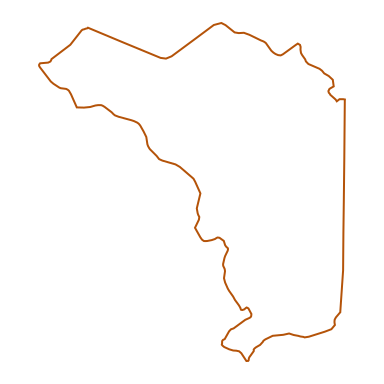 the Province of Alajuela
{"feature_id": "CRI-1333", "entity_name": "Alajuela", "entity_type": "Province", "adm_level": 1, "iso_a3": "CRI", "parent_name": "Costa Rica", "parent_adm1": "", "projection": "robinson", "projection_center": [-84.692, 10.447], "detail": "fine", "context": "isolated", "style": "outline", "palette": "amber", "viewbox_px": 384, "rotation_deg": 0, "n_neighbors": 0, "source": "natural_earth", "source_scale": "10m", "svg_char_len": 2715}
<svg xmlns="http://www.w3.org/2000/svg" viewBox="0 0 384 384"><path d="M297.8,43.6L300.0,44.9L300.6,46.9L300.5,49.7L301.0,53.0L302.1,55.0L305.2,59.4L305.9,61.4L308.4,64.0L319.5,68.8L322.0,70.7L324.2,73.4L328.7,76.0L332.8,79.8L333.7,86.4L330.4,88.3L329.4,89.0L328.4,91.1L328.8,92.7L329.8,93.8L330.3,94.8L335.6,99.5L336.8,101.3L339.5,99.2L343.2,99.2L344.9,99.5L344.8,100.7L344.3,158.5L343.8,202.1L343.4,233.2L343.1,270.4L340.3,311.5L340.3,312.2L335.9,317.4L334.7,319.6L334.6,320.4L334.5,321.1L334.5,322.6L334.9,325.0L331.4,329.2L324.8,331.7L308.9,336.7L304.6,337.4L303.4,336.9L300.5,336.5L299.4,336.2L298.5,335.9L293.7,335.0L289.1,333.5L283.3,334.8L272.7,335.8L265.3,339.4L263.4,340.8L263.2,341.2L262.9,341.8L260.1,344.9L256.0,347.3L254.4,348.6L253.7,349.6L253.8,350.3L253.7,351.2L249.3,357.3L248.9,358.3L248.6,360.4L248.2,360.9L246.4,361.0L241.3,353.2L239.1,351.3L236.3,350.7L233.2,350.5L229.2,349.3L224.2,347.0L222.6,345.7L221.8,344.7L222.1,343.3L222.1,341.7L222.2,341.0L222.6,340.4L223.0,339.9L224.7,339.1L229.1,331.3L231.0,329.3L233.6,328.4L245.3,319.8L249.1,318.1L250.3,317.4L251.0,316.6L251.2,316.0L251.4,314.0L248.4,308.4L246.7,307.5L246.1,307.8L244.2,309.4L242.4,310.0L241.6,309.9L241.1,309.8L240.9,309.4L240.5,308.5L240.4,307.9L238.9,305.3L235.0,300.0L233.1,296.5L229.2,291.0L227.8,288.6L225.1,282.5L224.0,278.2L225.0,271.3L224.9,270.3L224.6,268.8L223.3,266.1L223.1,265.0L223.1,264.0L224.5,257.9L225.2,255.9L227.7,250.7L228.0,249.3L227.9,248.3L227.5,247.9L226.1,246.6L225.1,245.1L223.8,240.9L219.5,237.8L217.7,237.5L217.1,237.7L216.5,238.0L215.0,239.0L211.7,240.1L207.2,241.0L205.2,241.1L203.9,241.0L202.3,239.9L201.9,239.5L200.4,237.4L195.0,227.8L198.9,219.7L199.3,217.0L198.7,215.8L198.4,215.3L197.7,213.4L196.8,208.4L200.4,193.4L195.2,181.8L193.5,178.7L179.8,166.9L175.5,164.4L162.4,160.6L159.1,159.1L156.6,155.9L150.2,149.5L149.4,148.5L148.1,146.2L147.4,144.3L146.3,137.0L143.6,131.5L140.2,125.5L138.7,123.7L137.2,122.6L134.0,121.1L131.3,120.2L118.7,116.8L115.0,115.4L113.5,114.2L111.7,112.3L104.6,106.9L102.8,105.8L101.4,105.2L99.9,105.1L98.3,105.1L95.4,105.5L90.2,107.0L84.0,107.6L76.8,107.4L71.0,94.3L68.9,90.7L67.8,89.8L67.3,89.5L66.7,89.2L66.1,88.9L60.7,88.2L59.3,87.6L53.5,83.8L50.8,81.5L40.0,67.4L39.7,66.9L39.1,65.8L39.1,65.1L39.2,64.5L40.1,63.3L48.2,62.6L50.4,61.5L51.1,60.3L51.5,59.1L70.3,44.8L81.6,30.4L82.5,29.7L83.2,29.5L84.1,29.3L85.6,28.7L87.3,28.3L87.9,27.7L122.1,42.0L160.6,57.9L166.0,58.6L171.6,56.3L196.2,38.1L213.8,25.0L221.3,23.0L225.5,25.1L234.6,32.4L238.7,33.1L243.9,32.8L249.4,34.8L261.3,40.6L262.5,41.0L263.8,41.6L264.9,42.3L265.9,43.1L271.3,50.7L273.4,52.6L275.5,54.0L278.1,55.1L280.7,55.4L282.9,54.3L295.7,45.0L297.8,43.6Z" fill="none" stroke="#b45309" stroke-width="2"/></svg>